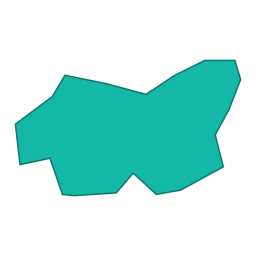 the Municipality of Incukalna
{"feature_id": "LVA-5762", "entity_name": "Incukalna", "entity_type": "Municipality", "adm_level": 1, "iso_a3": "LVA", "parent_name": "Latvia", "parent_adm1": "", "projection": "mercator", "projection_center": [24.652, 57.103], "detail": "fine", "context": "isolated", "style": "filled", "palette": "teal", "viewbox_px": 256, "rotation_deg": 0, "n_neighbors": 0, "source": "natural_earth", "source_scale": "10m", "svg_char_len": 369}
<svg xmlns="http://www.w3.org/2000/svg" viewBox="0 0 256 256"><path d="M116.2,192.9L74.6,195.6L62.5,194.5L50.0,158.2L20.0,164.6L15.4,124.2L52.3,96.6L65.0,75.3L106.6,83.8L145.9,94.4L174.8,75.3L204.8,60.4L234.9,60.4L240.6,79.5L229.1,109.3L215.2,134.9L223.3,166.8L180.6,190.1L156.3,194.4L133.2,173.1L116.2,192.9Z" fill="#14b8a6" stroke="#0f766e" stroke-width="1.5"/></svg>